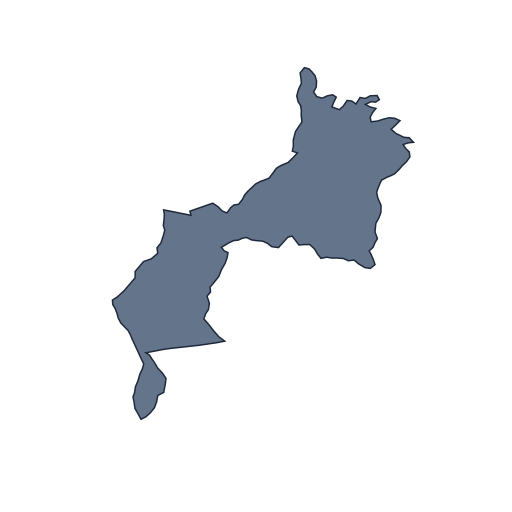 the district of Vargeão, Santa Catarina, Brazil, rotated 25°
{"feature_id": "56859067B23018615290529", "entity_name": "Vargeão", "entity_type": "district", "adm_level": 2, "iso_a3": "BRA", "parent_name": "Brazil", "parent_adm1": "Santa Catarina", "projection": "orthographic", "projection_center": [-52.122, -26.799], "detail": "fine", "context": "isolated", "style": "filled", "palette": "slate", "viewbox_px": 512, "rotation_deg": 25, "n_neighbors": 0, "source": "geoboundaries", "source_scale": "gbopen_adm2", "svg_char_len": 2684}
<svg xmlns="http://www.w3.org/2000/svg" viewBox="0 0 512 512"><g transform="rotate(25 256 256)"><path d="M244.6,145.6L250.0,145.1L248.0,151.3L245.6,157.7L240.6,163.1L237.4,167.8L236.1,174.6L234.9,179.9L231.7,183.4L228.5,186.5L225.2,190.9L223.2,195.9L221.3,200.6L219.9,205.4L219.8,210.2L218.4,216.5L214.6,218.9L212.7,222.7L211.4,229.3L206.3,229.5L200.9,227.4L194.5,226.4L177.1,243.3L179.9,246.6L152.8,253.2L155.1,256.6L157.0,261.0L159.1,267.5L162.4,271.1L163.5,277.3L164.3,284.4L162.8,290.4L165.8,295.1L162.3,302.8L156.4,308.6L153.0,321.1L155.7,326.8L151.1,343.3L147.7,351.6L144.5,356.6L146.7,360.5L150.6,363.2L154.3,366.8L157.5,370.6L161.9,373.9L171.6,377.6L175.1,380.2L178.5,383.3L195.0,397.3L199.9,401.3L200.7,406.1L200.7,412.3L201.8,419.5L202.0,425.4L203.7,431.3L204.1,435.8L206.8,439.3L210.7,445.3L216.1,449.1L220.8,452.6L224.1,448.4L226.4,443.1L228.1,436.5L227.5,429.9L225.9,424.0L230.0,418.6L227.9,410.3L226.2,405.0L220.8,401.7L214.2,399.1L209.2,395.6L204.7,393.0L201.4,390.8L197.2,390.2L211.5,379.8L218.2,375.5L241.6,361.3L256.9,351.3L263.6,346.4L256.4,344.9L249.0,341.6L241.6,337.8L235.3,335.0L234.8,329.4L235.5,324.7L233.7,318.5L228.6,313.1L230.0,307.8L227.5,303.7L229.2,297.4L230.9,290.4L230.5,283.0L231.1,275.6L230.5,269.5L229.2,264.8L225.1,264.8L221.0,262.8L223.3,259.3L226.2,255.1L229.2,251.5L233.4,248.9L236.4,245.4L239.7,243.2L245.2,243.3L250.1,241.8L255.8,239.7L261.2,239.7L266.3,240.9L272.8,238.9L275.0,231.8L276.9,225.5L280.3,222.7L285.5,225.3L290.2,227.9L295.0,225.2L299.9,222.9L306.1,224.9L310.9,228.2L315.9,230.7L320.6,227.2L325.6,225.8L329.7,223.8L336.4,221.3L341.7,221.3L346.6,218.2L352.3,219.8L359.6,220.5L364.9,218.9L367.5,213.5L363.9,209.7L360.1,206.3L356.4,203.5L358.4,198.8L358.2,193.6L358.7,188.9L353.7,183.9L350.8,175.7L351.3,169.7L350.8,163.8L347.9,157.2L342.1,152.2L338.4,147.3L337.8,141.8L337.7,134.3L341.2,129.5L344.3,126.2L346.9,122.8L349.0,117.4L350.6,111.8L352.5,107.1L353.6,101.1L350.8,96.8L346.9,95.6L342.2,92.8L346.2,89.1L350.7,86.4L345.0,84.1L339.5,86.0L335.4,85.8L331.1,85.8L324.9,84.0L327.2,78.4L329.3,72.5L323.7,72.5L318.5,74.3L313.9,77.9L309.0,82.4L303.6,85.7L300.8,82.0L301.0,77.0L302.3,71.6L296.6,72.7L291.0,72.4L295.1,67.5L299.4,66.0L301.7,62.1L297.9,59.4L291.9,62.5L288.5,67.0L283.3,68.4L282.4,76.0L277.4,75.1L272.8,76.5L271.8,83.1L269.7,88.2L261.7,88.8L261.5,83.6L261.6,78.1L257.3,77.5L252.8,80.8L249.4,84.9L243.8,85.9L238.9,83.1L239.2,77.4L237.0,71.9L233.4,67.7L229.1,65.6L224.9,64.0L220.2,64.9L218.6,71.5L221.9,76.3L224.2,80.5L224.1,87.1L225.3,93.7L228.9,98.3L232.9,100.9L235.5,104.8L237.4,109.2L241.0,115.1L240.1,120.4L239.2,126.4L240.7,134.9L243.5,140.9L244.6,145.6Z" fill="#64748b" stroke="#1e293b" stroke-width="1.5"/></g></svg>